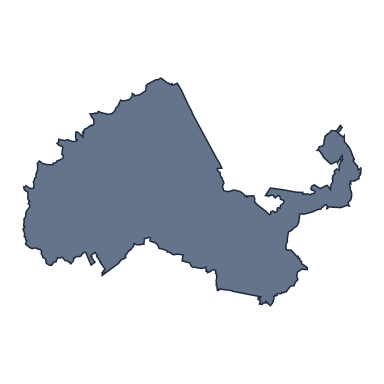 the district of Tancoco, Veracruz, Mexico
{"feature_id": "50627088B65767533460157", "entity_name": "Tancoco", "entity_type": "district", "adm_level": 2, "iso_a3": "MEX", "parent_name": "Mexico", "parent_adm1": "Veracruz", "projection": "albers", "projection_center": [-97.748, 21.267], "detail": "fine", "context": "isolated", "style": "filled", "palette": "slate", "viewbox_px": 384, "rotation_deg": 0, "n_neighbors": 0, "source": "geoboundaries", "source_scale": "gbopen_adm2", "svg_char_len": 5963}
<svg xmlns="http://www.w3.org/2000/svg" viewBox="0 0 384 384"><path d="M156.0,79.7L147.7,84.0L146.2,85.6L145.7,90.8L139.9,94.6L134.7,95.9L134.3,94.8L132.4,93.4L132.0,96.3L129.7,99.4L123.8,101.0L120.6,100.2L118.5,104.5L118.4,105.6L115.8,108.1L115.2,110.2L113.7,112.1L111.9,113.5L109.4,114.3L107.3,114.1L101.3,112.7L98.3,111.4L97.3,113.0L95.9,113.4L94.9,113.0L93.9,113.6L90.1,113.9L91.9,117.4L93.7,119.5L94.1,122.8L92.4,125.8L91.0,125.2L86.4,128.5L84.6,129.1L82.5,132.7L83.7,132.8L82.6,135.3L82.9,136.8L77.7,132.0L75.9,132.0L75.5,136.3L76.0,139.3L76.9,139.5L77.1,140.6L74.3,141.6L72.5,141.5L67.5,139.7L64.5,140.6L58.7,139.2L58.5,142.4L57.0,143.3L59.1,145.4L62.6,146.7L62.8,147.9L62.4,149.4L61.9,154.5L62.8,154.9L63.4,156.1L62.9,158.1L62.2,158.7L60.1,159.9L57.2,160.7L55.7,162.9L53.1,163.2L52.8,164.9L46.5,164.5L43.8,163.8L42.2,163.2L39.4,161.0L37.4,163.3L37.7,169.9L36.2,173.2L35.9,175.2L36.1,177.2L34.7,178.0L34.0,180.8L33.3,181.8L34.1,185.0L33.9,186.6L33.2,188.3L30.3,188.5L25.7,185.7L25.5,186.4L24.5,187.1L23.7,187.0L24.3,189.6L25.9,191.1L28.0,192.0L27.8,198.5L28.5,200.4L29.9,201.6L28.6,202.7L28.2,203.6L29.6,204.9L30.0,206.3L26.1,211.8L25.6,216.7L23.9,219.2L24.2,221.7L23.7,224.7L23.8,226.4L24.7,226.5L24.7,227.4L23.0,229.1L24.7,233.6L24.2,236.7L25.4,237.1L25.6,239.9L26.6,240.7L26.5,241.6L25.5,243.6L25.7,244.4L30.2,247.9L32.3,248.6L34.2,248.0L36.8,248.2L37.9,249.2L39.4,249.2L41.5,250.7L41.3,254.0L42.4,255.4L42.7,257.1L44.8,258.5L45.8,259.7L46.0,262.2L46.7,263.6L49.8,265.3L51.7,265.3L53.9,261.9L55.9,262.0L57.6,257.8L60.4,258.1L61.2,257.2L62.3,257.2L65.1,260.6L67.9,261.0L70.9,263.8L73.6,260.4L73.7,258.0L74.9,258.0L76.2,256.5L79.4,256.6L81.0,255.9L83.0,253.0L84.8,252.2L85.8,252.6L91.1,265.1L95.0,262.2L91.1,256.8L91.8,256.4L91.0,255.3L95.0,252.4L97.4,255.6L96.6,256.2L100.5,261.7L100.0,262.0L105.2,269.3L103.3,270.8L104.0,271.9L102.1,272.5L102.2,275.4L118.6,263.3L121.4,259.4L123.0,259.2L125.8,257.6L125.3,255.6L128.3,251.6L128.8,250.4L130.0,250.5L133.3,246.5L133.9,245.2L133.8,243.8L137.8,244.9L143.9,244.2L144.3,239.3L144.8,238.4L146.2,238.4L148.1,237.5L149.5,237.7L150.4,238.0L149.9,241.0L155.5,242.9L157.7,245.0L159.2,248.6L162.4,249.0L166.8,250.6L167.0,251.9L170.4,252.6L171.4,253.7L173.3,254.7L178.0,254.2L183.1,254.9L182.1,260.9L189.9,263.0L191.4,266.4L192.5,267.0L201.1,268.3L202.3,268.4L206.0,267.3L206.1,271.3L207.5,271.2L207.5,272.7L210.2,271.6L212.8,269.7L215.6,270.2L215.7,273.7L216.6,274.2L216.7,277.7L216.1,280.9L216.5,283.5L216.2,284.0L216.4,285.7L216.9,285.8L217.3,290.2L218.1,290.5L218.8,290.1L218.5,289.4L219.9,289.1L231.4,290.5L232.1,291.2L260.9,296.8L260.0,298.2L258.1,297.9L258.2,299.7L260.5,300.5L259.4,304.0L262.3,304.4L262.8,303.0L265.8,303.0L265.9,301.5L270.4,305.7L272.8,302.6L273.9,299.0L274.0,296.5L274.9,295.3L275.0,296.1L277.1,295.4L277.3,294.2L277.8,293.5L281.0,293.7L281.9,293.0L282.0,292.2L283.4,292.7L285.3,291.8L286.2,291.9L290.4,286.2L294.2,285.6L294.4,284.3L296.3,281.0L297.6,280.1L297.8,278.8L297.0,277.5L296.9,276.1L297.2,272.2L301.9,269.2L307.3,269.6L307.2,267.6L306.6,267.4L306.1,266.5L305.5,266.5L304.5,265.4L302.4,264.4L301.3,262.6L301.7,261.7L299.9,260.2L299.6,258.3L298.0,258.1L298.2,256.3L296.6,256.2L291.3,250.2L286.6,250.0L285.7,246.0L286.3,243.6L287.4,241.8L287.2,239.4L288.5,231.8L291.4,230.6L293.5,228.3L296.9,226.0L299.0,221.6L298.6,220.4L299.3,218.8L299.7,214.1L300.9,213.8L303.8,214.2L312.3,212.0L316.8,209.9L319.2,209.2L320.7,209.3L321.6,207.9L324.8,205.2L325.7,204.9L326.6,204.9L327.2,206.2L326.9,208.7L329.6,206.7L332.2,207.2L340.9,207.6L347.6,205.2L349.9,206.5L348.6,204.9L348.2,202.4L350.8,199.7L351.7,196.0L351.5,192.0L350.3,189.6L350.4,188.0L349.4,184.6L349.7,183.9L351.0,184.0L350.3,181.3L354.9,180.8L354.8,180.4L356.9,179.8L359.1,178.5L358.7,177.0L360.7,174.3L359.9,173.0L360.8,172.7L361.0,169.2L360.7,168.0L359.3,169.4L358.1,170.0L357.4,165.9L356.7,165.7L353.3,161.0L353.4,159.4L354.1,159.6L354.2,158.8L352.6,155.7L350.8,150.6L349.3,147.7L348.0,146.6L348.3,146.3L344.4,141.7L344.2,135.8L343.6,136.8L342.6,136.8L342.0,135.9L339.6,134.6L339.0,133.5L337.6,132.7L339.8,131.0L342.1,127.4L340.3,125.4L336.1,131.4L335.2,130.7L332.7,130.9L331.6,130.4L328.6,133.7L327.3,134.0L327.2,134.5L325.0,136.3L324.8,138.6L324.1,140.1L323.9,144.5L322.5,145.9L319.1,146.8L318.8,148.5L317.1,150.4L318.7,150.4L319.9,151.3L321.5,153.9L322.2,154.4L322.5,155.8L323.8,157.6L330.9,164.2L336.7,161.6L337.6,162.3L337.6,162.9L342.0,155.6L342.7,159.4L341.2,159.7L341.1,160.4L343.0,160.5L341.4,160.5L341.4,161.1L340.7,161.6L340.9,162.2L339.4,164.3L339.1,166.0L339.2,170.1L336.8,168.9L334.5,170.8L334.2,172.0L335.0,173.7L332.7,176.0L333.0,177.6L332.2,178.8L332.8,180.3L332.8,181.8L331.3,184.2L330.6,186.5L330.4,189.6L327.3,185.4L326.5,185.4L320.3,188.6L314.1,184.8L311.9,186.1L311.0,188.2L310.9,189.2L312.3,190.5L313.8,190.3L315.1,191.9L314.3,193.4L311.9,193.6L310.8,194.7L309.6,194.6L308.4,194.0L302.8,193.9L302.8,192.4L296.5,192.2L282.5,189.7L270.3,188.0L265.5,195.6L267.7,195.7L268.5,196.4L270.1,195.4L273.1,195.3L273.9,196.0L274.1,197.1L274.7,197.7L275.5,197.8L276.1,196.6L277.3,196.4L278.4,195.3L279.3,195.8L280.1,197.1L280.5,199.3L283.6,200.4L283.9,201.2L283.4,203.3L281.6,204.4L280.4,205.7L280.1,208.3L279.2,207.8L277.6,207.8L277.2,208.6L277.4,210.8L274.7,212.7L273.7,211.4L272.8,211.0L270.7,211.9L270.8,213.8L269.5,214.7L265.5,211.0L257.5,204.9L255.0,202.3L254.6,201.1L254.7,198.4L253.6,195.7L248.5,196.0L247.6,197.1L247.1,197.0L247.2,196.2L246.7,195.6L245.8,196.4L244.7,196.1L244.6,195.2L242.6,193.3L240.1,191.5L237.6,190.8L233.3,190.0L229.9,191.4L228.1,191.5L225.6,191.3L223.7,190.6L222.6,186.9L222.7,185.3L223.9,183.5L223.6,181.7L222.1,179.0L222.1,177.8L221.1,176.9L220.1,174.8L220.2,172.6L218.7,171.7L217.2,169.7L217.3,168.6L221.9,168.2L219.1,162.4L217.0,159.2L192.3,113.4L191.5,110.8L188.9,106.4L181.6,90.5L177.3,83.2L173.5,85.0L171.8,85.0L172.2,84.0L171.6,83.5L170.8,84.4L169.8,84.3L168.7,83.2L167.1,82.7L161.3,78.3L160.1,78.3L158.7,79.6L156.0,79.7Z" fill="#64748b" stroke="#1e293b" stroke-width="1.5"/></svg>